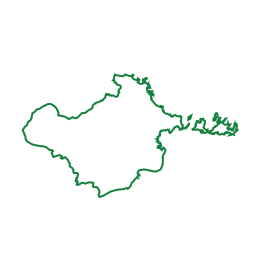 the district of Aceh Besar, Aceh, Indonesia, rotated 140°
{"feature_id": "22746128B90547447297479", "entity_name": "Aceh Besar", "entity_type": "district", "adm_level": 2, "iso_a3": "IDN", "parent_name": "Indonesia", "parent_adm1": "Aceh", "projection": "mercator", "projection_center": [95.268, 5.409], "detail": "fine", "context": "isolated", "style": "outline", "palette": "green", "viewbox_px": 256, "rotation_deg": 140, "n_neighbors": 0, "source": "geoboundaries", "source_scale": "gbopen_adm2", "svg_char_len": 5613}
<svg xmlns="http://www.w3.org/2000/svg" viewBox="0 0 256 256"><g transform="rotate(140 128 128)"><path d="M194.2,93.6L190.9,92.1L182.3,90.5L176.2,87.8L170.7,84.0L168.0,83.1L167.2,82.4L167.3,81.6L166.3,81.4L163.4,81.9L160.4,83.6L158.4,83.5L155.8,84.3L153.4,84.3L152.6,84.2L152.4,83.6L152.0,84.7L151.0,85.2L149.7,84.2L149.3,85.6L149.9,86.6L149.7,87.3L147.5,88.4L146.0,88.2L145.1,87.6L145.7,87.6L143.5,86.8L141.7,85.3L135.5,77.4L133.9,76.3L129.5,75.3L125.1,77.6L120.6,82.4L120.3,83.4L118.0,84.9L116.6,85.1L113.9,86.5L113.2,88.1L113.5,90.2L115.2,89.6L115.3,90.0L116.2,89.4L116.6,92.3L116.9,93.1L117.7,93.2L118.0,93.8L116.3,94.8L114.5,92.7L113.9,93.1L114.0,94.1L113.1,94.6L113.0,95.8L113.8,95.7L114.5,98.6L113.3,98.5L113.7,99.1L113.4,99.1L113.1,100.0L113.2,101.1L112.4,100.5L111.2,100.7L111.0,102.1L109.5,101.9L108.2,102.5L108.2,101.9L107.5,102.3L106.8,103.9L105.0,104.2L105.0,104.7L104.0,104.6L103.8,103.9L102.2,103.4L101.2,102.2L100.5,102.4L100.0,101.5L98.9,101.5L98.3,100.5L97.9,100.4L98.7,99.1L98.2,98.2L98.4,97.4L99.0,97.4L98.7,97.0L92.9,98.0L92.6,98.5L89.4,98.0L88.7,97.3L89.1,96.4L88.6,96.0L88.5,94.9L89.5,93.3L87.1,92.2L86.3,92.2L86.7,93.2L85.5,93.5L84.2,95.2L84.7,95.9L83.2,99.4L81.8,100.2L79.9,102.4L80.4,102.8L80.3,103.6L81.1,103.6L83.2,106.2L83.5,107.5L85.0,108.3L86.6,108.1L86.8,108.7L87.2,108.7L87.5,109.9L86.8,111.0L88.3,112.0L88.5,113.5L89.6,114.3L90.3,116.5L90.4,118.0L89.4,118.3L89.2,117.9L89.3,118.3L90.0,118.5L90.0,119.4L89.4,119.8L89.1,121.0L87.4,121.9L88.4,123.4L88.8,122.7L89.5,122.9L91.1,125.8L91.8,128.4L91.9,134.7L91.3,135.8L90.9,135.4L90.5,135.9L89.6,139.2L89.8,141.4L88.3,140.2L88.4,138.1L87.5,136.6L87.0,137.2L86.9,139.9L85.7,140.4L87.0,141.3L87.6,142.6L89.1,143.3L89.3,144.4L87.9,146.5L85.1,144.5L84.9,145.2L85.8,145.3L85.4,145.9L86.1,146.7L85.6,147.4L84.2,147.3L84.5,147.9L83.8,148.9L84.5,148.7L84.4,149.3L85.1,149.8L85.2,151.1L85.7,151.5L85.2,151.6L85.1,152.9L83.7,154.6L84.6,154.7L85.3,155.6L86.0,154.9L86.2,154.0L87.7,152.6L89.6,153.3L90.9,155.2L91.2,156.8L90.7,156.7L89.5,157.5L88.8,157.2L88.0,158.2L88.6,159.5L89.2,158.4L90.3,159.0L91.5,160.4L92.2,161.9L92.1,164.7L91.7,165.0L89.9,164.9L90.1,165.8L90.9,165.5L92.5,165.9L93.8,167.5L95.8,170.9L96.8,170.4L99.1,171.3L103.2,176.2L103.5,177.3L106.0,176.0L106.8,174.8L108.8,174.2L107.9,173.1L109.0,171.8L108.2,170.7L108.6,170.4L108.2,169.3L108.6,168.5L106.6,165.3L107.2,163.8L108.4,163.2L110.5,163.1L111.9,162.1L111.7,160.9L113.2,160.6L115.5,159.0L117.5,159.8L118.3,162.4L119.9,163.2L120.0,164.2L121.1,164.7L120.9,166.2L121.7,166.8L122.3,166.5L122.6,166.8L123.1,168.1L126.3,165.8L128.3,166.0L130.1,165.3L130.8,166.3L133.2,166.4L135.6,167.7L136.5,167.9L137.0,167.5L138.3,168.2L140.5,167.9L141.9,166.6L143.3,166.1L146.7,167.0L151.1,167.1L153.4,169.0L160.3,168.4L162.0,169.3L163.5,171.9L167.5,172.7L169.0,177.1L173.2,182.6L171.4,184.5L170.2,189.0L170.2,191.3L171.2,195.1L172.3,196.6L173.8,197.7L179.3,199.2L184.0,199.6L185.9,200.9L189.0,200.3L191.7,200.8L196.0,197.2L198.3,196.6L200.0,197.0L204.1,195.0L205.6,195.3L209.9,194.2L212.0,187.7L213.8,184.6L213.8,182.3L211.9,176.9L206.7,170.3L204.0,167.7L202.9,165.5L202.1,161.4L200.3,159.5L200.3,158.5L202.2,158.2L202.8,157.5L203.1,155.6L203.7,155.0L203.7,153.6L198.0,151.5L196.8,149.0L197.2,148.5L198.8,148.2L198.7,147.4L197.7,146.5L195.8,146.5L194.8,145.8L194.6,141.7L195.5,139.9L195.2,138.4L197.2,136.1L196.4,132.9L196.8,130.7L198.0,129.8L198.4,128.3L196.1,126.4L195.9,124.6L199.0,122.5L199.7,122.9L201.8,121.3L201.0,121.0L201.7,120.2L201.1,120.0L201.0,119.1L203.7,117.6L202.8,116.4L199.0,115.7L197.8,115.1L196.3,112.7L193.6,111.9L191.6,110.4L190.0,108.5L189.9,108.0L192.1,106.2L192.5,105.1L189.9,102.7L189.7,101.2L190.5,97.9L191.0,97.2L193.6,95.6L194.2,93.6ZM52.4,56.5L51.5,55.1L51.4,55.8L49.2,55.9L48.3,56.5L47.5,55.8L45.4,56.0L45.2,56.3L46.2,56.7L46.2,57.4L43.3,59.4L42.2,61.3L43.5,62.3L45.5,60.9L46.1,61.1L46.8,60.1L47.8,60.0L47.8,59.5L49.3,58.6L50.0,59.1L50.2,60.3L49.7,61.6L52.2,62.1L52.1,63.7L51.5,63.6L51.3,64.2L50.6,64.3L49.6,64.1L47.9,64.8L48.3,64.9L48.1,65.6L48.9,66.1L48.2,67.7L49.3,66.9L50.3,66.9L51.9,68.6L52.2,69.6L52.0,70.7L48.9,72.3L49.9,72.0L53.4,72.2L54.4,73.3L54.4,73.8L53.5,74.4L53.3,75.0L52.1,75.6L51.7,76.4L50.9,76.4L51.3,77.1L56.0,75.3L56.0,73.3L54.6,73.3L55.6,72.7L56.6,73.2L58.1,72.7L60.1,72.8L60.2,73.3L61.0,72.8L62.7,73.2L64.2,72.1L67.7,72.9L68.6,74.0L68.9,73.8L69.5,73.2L68.6,71.8L66.8,72.4L66.7,71.9L68.4,71.3L67.3,69.2L66.4,69.2L66.4,68.3L65.8,68.0L64.9,68.6L63.5,67.9L63.4,67.4L61.9,67.2L61.8,66.8L63.0,66.1L63.0,65.4L61.6,63.6L59.9,63.4L58.6,61.2L57.7,61.2L57.5,61.9L56.9,62.1L55.9,61.9L55.9,61.5L54.9,61.6L54.6,60.7L54.9,60.1L53.2,59.2L53.0,58.3L53.6,57.2L54.7,57.1L53.7,56.5L52.4,56.5ZM70.5,74.3L68.9,74.6L68.2,75.5L68.8,75.5L69.7,77.0L69.9,79.9L66.1,82.2L64.5,83.9L65.0,85.6L64.5,86.7L65.7,86.6L65.9,87.9L66.7,88.4L67.5,87.5L68.1,85.8L69.7,85.8L70.1,86.5L69.8,88.2L70.7,88.9L71.0,88.1L71.6,87.9L72.1,88.2L72.8,87.5L73.4,87.6L73.8,87.0L74.5,86.9L74.5,85.8L78.3,85.3L80.1,86.1L79.4,85.6L79.5,85.0L78.6,84.7L77.3,83.0L75.9,82.6L75.3,81.9L75.2,80.6L74.6,80.4L74.1,79.4L74.4,78.6L73.3,79.3L72.6,78.6L72.7,77.1L74.2,76.8L74.2,76.4L72.8,76.1L72.3,74.7L70.5,74.3ZM56.2,77.9L53.4,79.3L52.6,79.4L52.2,79.0L50.7,80.8L50.5,82.4L51.3,82.7L52.4,82.5L52.6,81.9L53.9,81.4L55.5,80.1L56.5,80.2L57.8,78.7L56.2,77.9ZM74.6,97.4L76.6,95.6L74.6,95.0L71.5,96.9L74.6,97.4ZM82.1,90.8L79.8,91.2L77.7,92.4L81.6,91.4L84.3,91.4L82.1,90.8ZM82.4,153.5L81.7,153.9L81.7,154.5L82.5,154.9L82.8,154.0L82.4,153.5ZM85.6,91.9L84.7,91.2L84.8,91.6L85.6,91.9ZM47.7,72.6L47.9,72.0L47.0,72.3L47.7,72.6ZM43.2,63.1L43.5,63.0L43.5,62.7L43.2,63.1Z" fill="none" stroke="#15803d" stroke-width="2"/></g></svg>